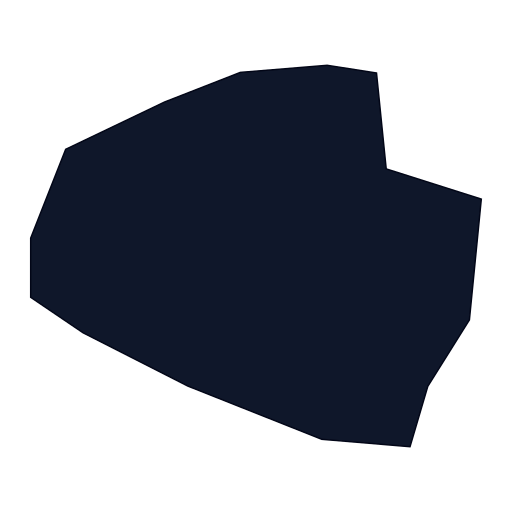 Sinaoros, Nicosia, Cyprus (Natural Earth projection)
{"feature_id": "46923920B84244452261126", "entity_name": "Sinaoros", "entity_type": "district", "adm_level": 2, "iso_a3": "CYP", "parent_name": "Cyprus", "parent_adm1": "Nicosia", "projection": "natural_earth1", "projection_center": [32.911, 35.009], "detail": "fine", "context": "isolated", "style": "filled", "palette": "ink", "viewbox_px": 512, "rotation_deg": 0, "n_neighbors": 0, "source": "geoboundaries", "source_scale": "gbopen_adm2", "svg_char_len": 316}
<svg xmlns="http://www.w3.org/2000/svg" viewBox="0 0 512 512"><path d="M327.1,65.3L240.3,72.4L164.6,102.0L65.7,149.3L30.7,238.1L30.7,297.3L83.1,332.8L187.9,386.1L321.8,439.3L410.0,446.7L427.8,386.3L469.4,319.9L481.3,199.1L386.2,168.9L376.5,73.0L327.1,65.3Z" fill="#0f172a" stroke="#020617" stroke-width="1.5"/></svg>